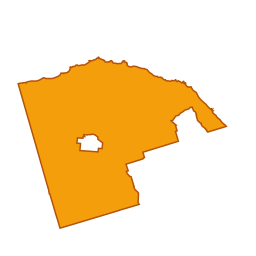 outline of Grant, South Australia, Australia, rotated 163°
{"feature_id": "25037944B24842060506409", "entity_name": "Grant", "entity_type": "district", "adm_level": 2, "iso_a3": "AUS", "parent_name": "Australia", "parent_adm1": "South Australia", "projection": "robinson", "projection_center": [140.575, -37.836], "detail": "fine", "context": "isolated", "style": "filled", "palette": "amber", "viewbox_px": 256, "rotation_deg": 163, "n_neighbors": 0, "source": "geoboundaries", "source_scale": "gbopen_adm2", "svg_char_len": 5687}
<svg xmlns="http://www.w3.org/2000/svg" viewBox="0 0 256 256"><g transform="rotate(163 128 128)"><path d="M222.3,52.1L171.9,51.8L160.5,51.8L160.4,51.9L139.6,51.7L140.2,53.8L139.1,56.6L138.0,59.8L137.0,62.5L137.8,64.6L139.2,66.7L139.8,70.0L139.3,70.1L139.3,80.6L140.5,81.3L142.0,84.4L142.3,87.0L140.3,87.0L140.4,90.2L140.5,94.0L122.9,94.1L122.9,94.4L122.4,94.4L121.6,94.8L120.9,94.9L120.8,100.5L83.7,100.6L83.6,110.9L81.9,110.9L81.8,116.6L81.1,116.6L84.7,122.3L82.8,122.3L78.8,125.5L77.8,125.5L77.1,125.4L75.5,125.5L74.8,126.1L73.5,126.9L72.3,127.1L69.7,127.8L69.0,128.4L64.4,128.5L62.4,129.4L60.6,129.3L60.5,129.0L60.7,128.8L60.7,128.3L60.4,127.8L60.2,126.9L60.4,126.4L60.4,125.9L59.9,124.7L59.2,124.2L58.9,123.5L58.8,123.0L58.5,122.0L58.5,121.6L58.9,121.2L59.1,120.8L59.0,120.5L58.8,120.3L58.8,119.8L58.9,119.6L59.1,119.4L59.3,117.6L59.1,116.6L59.3,115.4L59.2,114.8L58.8,113.9L58.3,113.2L58.1,112.7L57.7,112.0L57.5,111.9L57.4,111.6L57.2,111.4L57.0,110.8L56.8,110.8L56.9,110.6L56.8,110.4L56.9,110.0L56.8,109.1L56.6,108.3L56.2,107.6L55.5,106.7L54.8,105.8L54.4,104.9L54.2,104.8L54.3,104.5L54.0,104.0L53.9,103.6L53.7,103.5L53.6,103.2L53.5,102.6L53.4,102.4L53.5,102.2L53.5,101.9L52.9,100.8L33.5,100.8L34.1,102.2L35.3,103.9L36.5,105.9L37.1,107.6L37.6,109.0L37.9,109.6L38.2,109.9L39.7,112.2L40.1,113.4L40.1,114.0L40.2,114.4L41.4,115.8L42.2,117.4L42.5,118.3L42.5,118.7L42.3,119.0L41.7,119.4L42.1,119.5L42.5,120.2L42.4,120.4L42.2,120.5L42.2,120.8L42.0,121.0L42.5,120.9L42.8,121.1L42.7,121.4L42.4,121.9L42.4,122.1L42.7,122.1L43.3,121.8L43.8,122.1L44.3,123.1L45.2,124.7L45.7,125.6L46.3,127.5L49.5,132.6L50.7,135.0L51.6,137.5L52.2,141.4L52.3,141.9L52.7,142.6L54.5,144.6L54.9,145.3L55.5,147.8L55.6,148.3L55.7,149.0L56.1,149.1L57.1,149.2L57.8,149.3L58.0,149.5L58.4,149.6L58.7,149.9L59.0,150.0L59.6,150.8L59.8,151.3L59.9,151.7L60.2,152.7L60.1,153.5L59.7,153.9L59.7,154.1L59.8,154.3L60.2,154.4L60.4,154.1L60.9,153.7L61.2,153.9L61.4,154.2L61.4,154.6L61.2,154.6L60.8,155.0L61.1,155.3L61.2,155.5L61.1,155.8L61.1,156.0L61.1,156.3L61.3,156.4L61.6,156.4L61.8,156.0L61.7,156.0L61.8,155.8L62.4,155.7L62.8,155.4L63.3,155.4L63.5,155.6L63.9,156.0L64.0,156.2L64.0,156.4L64.3,156.6L65.0,157.4L65.7,158.0L65.9,158.4L66.4,158.3L66.6,158.4L67.0,158.4L67.4,158.1L67.9,158.4L68.1,158.8L68.2,159.0L68.2,160.0L68.3,160.2L68.9,160.1L69.3,159.7L69.5,159.7L69.9,159.7L71.4,160.2L72.1,160.7L73.1,160.5L73.4,160.3L73.8,160.3L74.3,160.4L75.8,161.4L76.4,161.6L77.0,161.6L77.5,161.8L77.8,162.2L78.0,163.0L78.3,163.3L79.0,163.4L79.6,163.8L79.8,164.2L80.1,164.5L80.2,165.0L80.5,165.4L81.1,166.0L81.0,166.3L81.0,166.5L81.5,166.5L81.9,167.0L83.2,167.3L84.2,167.7L84.8,168.3L85.0,168.9L85.4,168.9L85.6,169.0L86.0,169.0L86.3,169.2L87.8,170.3L88.9,171.6L89.3,172.5L91.0,174.6L91.8,175.9L92.0,176.6L92.7,178.2L93.3,178.7L94.2,179.1L95.0,180.1L95.6,180.2L97.5,181.0L99.0,182.0L99.8,182.4L101.0,183.6L101.6,184.0L103.7,185.1L104.9,185.6L106.5,185.4L107.3,185.6L108.1,185.8L109.0,186.4L109.6,187.0L110.1,187.7L110.4,188.3L110.4,188.5L110.2,188.9L110.2,189.2L110.3,189.6L110.3,189.9L110.2,190.1L109.9,190.3L110.0,190.5L110.2,190.9L110.4,190.9L110.5,191.2L110.9,191.5L111.7,191.6L111.7,191.9L111.9,192.1L111.8,192.3L112.0,192.6L112.0,192.9L111.8,193.1L112.3,193.3L112.4,193.6L112.6,193.6L112.8,193.4L113.4,193.4L113.8,193.3L113.8,193.0L114.0,192.7L114.6,192.5L115.6,191.7L116.2,191.8L118.2,192.4L118.5,192.4L119.3,192.7L119.6,192.7L120.1,192.9L120.2,193.1L120.9,193.6L122.5,194.1L123.2,194.6L123.5,195.1L123.5,195.4L123.4,195.7L123.8,196.0L123.8,196.7L124.0,197.1L124.3,197.1L124.4,197.3L125.1,197.4L125.5,197.2L125.6,196.9L126.3,196.5L127.3,197.0L127.9,197.0L128.6,197.3L129.4,197.3L130.1,197.5L130.5,197.9L130.7,198.4L130.8,198.7L130.7,198.9L130.8,199.1L130.7,199.4L131.2,199.5L131.4,199.7L131.6,200.1L132.0,200.4L132.0,200.6L132.5,200.7L132.9,201.0L133.3,201.5L134.0,202.2L134.9,202.6L135.0,202.9L135.1,203.2L135.3,203.2L135.3,203.4L135.1,203.6L135.1,203.8L135.5,203.8L135.4,204.1L135.6,204.3L135.8,204.1L135.7,203.8L135.8,203.7L136.2,203.9L136.3,203.6L136.5,203.5L137.0,203.6L137.5,203.8L137.9,203.6L138.0,203.3L138.6,203.2L138.8,203.0L139.3,203.0L140.2,203.0L140.8,203.2L142.1,202.8L143.5,203.0L144.8,203.6L145.4,203.7L145.0,202.7L145.7,202.6L146.3,202.2L146.5,202.3L147.8,201.7L147.9,201.8L149.2,201.4L151.0,201.0L151.8,201.1L153.2,201.7L153.8,201.7L154.2,201.9L154.9,201.8L156.4,202.0L156.8,201.9L157.4,202.4L157.7,202.7L158.2,203.1L159.1,203.3L159.5,203.3L159.6,203.2L159.8,202.9L160.8,202.5L161.6,202.6L162.3,202.9L162.7,203.0L163.2,202.6L163.7,202.6L164.3,202.7L164.7,203.1L164.8,203.0L164.8,202.9L164.8,202.7L165.3,202.9L165.6,203.2L165.6,203.3L165.5,203.7L165.7,203.1L165.6,202.8L165.7,202.4L165.6,202.1L165.7,201.8L166.6,200.9L167.0,200.2L168.4,199.4L169.0,199.2L169.2,198.9L171.0,198.8L171.5,198.9L171.9,198.9L173.1,199.4L173.6,199.3L173.5,199.0L173.6,198.9L173.7,199.0L173.8,199.3L176.0,200.1L176.6,199.4L177.1,198.9L178.3,198.3L179.2,197.9L184.5,197.4L185.7,197.5L187.2,197.8L189.9,198.7L191.2,199.0L192.1,199.4L192.5,199.9L193.1,200.1L193.7,200.4L194.0,200.7L194.3,200.8L195.7,200.4L198.8,199.7L201.8,199.7L202.4,199.8L206.7,201.2L208.1,201.3L210.3,201.6L212.5,201.4L212.5,201.2L212.8,201.5L213.4,201.6L218.5,202.4L220.1,202.5L221.1,141.6L221.8,104.7L222.0,92.4L222.5,88.1L222.1,88.0L222.1,78.8L222.3,66.6L222.2,66.6L222.3,63.5L222.2,62.9L222.2,61.7L222.3,52.1ZM159.4,128.1L159.7,127.7L160.1,126.0L156.6,121.2L158.8,115.9L162.2,117.2L163.6,113.9L180.6,120.5L177.9,127.1L181.3,128.5L179.2,133.3L174.1,131.4L173.4,133.0L172.0,132.5L172.1,132.8L172.1,134.5L168.8,133.2L168.6,133.2L168.1,133.3L167.6,133.3L166.5,132.8L166.2,132.6L163.9,132.6L161.6,131.1L159.4,128.1Z" fill="#f59e0b" stroke="#b45309" stroke-width="1.5"/></g></svg>